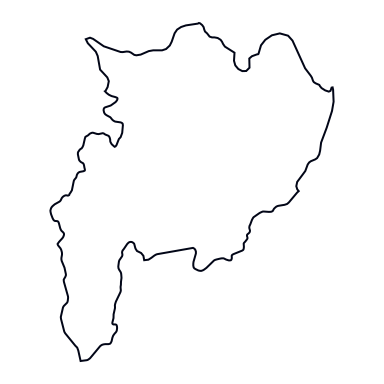 map outline of Chiang Rai (orthographic projection)
{"feature_id": "THA-389", "entity_name": "Chiang Rai", "entity_type": "Province", "adm_level": 1, "iso_a3": "THA", "parent_name": "Thailand", "parent_adm1": "", "projection": "orthographic", "projection_center": [99.723, 19.722], "detail": "fine", "context": "isolated", "style": "outline", "palette": "ink", "viewbox_px": 384, "rotation_deg": 0, "n_neighbors": 0, "source": "natural_earth", "source_scale": "10m", "svg_char_len": 5535}
<svg xmlns="http://www.w3.org/2000/svg" viewBox="0 0 384 384"><path d="M198.9,23.0L200.0,23.3L202.2,25.1L203.6,27.1L204.2,29.4L205.0,31.5L207.1,33.4L209.6,36.6L212.0,37.4L214.5,37.4L217.7,38.0L220.6,39.8L222.0,41.7L223.1,44.0L224.9,46.6L234.5,52.7L234.0,60.8L235.3,65.4L238.3,69.0L242.3,71.1L246.2,71.0L249.5,67.7L249.3,58.5L251.4,56.7L252.0,56.2L256.9,54.4L258.1,54.2L258.5,53.8L261.0,45.3L265.3,39.8L271.9,35.3L279.8,33.4L288.1,35.7L292.5,40.6L305.1,68.3L310.8,75.8L311.9,77.6L313.0,80.8L313.8,82.1L315.6,83.3L319.3,84.9L320.0,86.2L321.6,88.1L325.2,90.4L328.8,91.6L330.5,90.8L331.6,87.6L332.6,87.4L333.1,89.7L333.6,101.7L332.0,111.0L326.7,127.7L321.1,142.6L320.1,150.7L319.2,154.5L317.1,158.1L315.2,159.4L310.9,161.2L309.2,162.4L307.7,164.5L305.3,171.0L302.5,174.8L297.2,181.9L296.3,186.2L297.3,189.4L298.7,191.1L297.1,192.6L288.9,202.4L287.2,203.9L286.1,204.3L284.6,204.8L278.5,205.8L277.4,206.1L276.2,206.7L274.6,208.1L273.9,208.9L273.5,209.6L273.2,210.2L272.9,210.8L272.1,211.4L271.0,211.8L268.9,211.9L263.5,211.5L262.6,211.6L261.2,212.2L259.6,213.0L254.0,216.9L253.4,217.4L253.0,218.0L252.0,219.8L250.2,224.6L249.6,225.7L249.3,227.1L249.3,228.0L249.5,228.8L249.9,230.2L250.0,230.9L249.8,231.7L249.6,232.3L249.2,232.8L248.7,233.3L247.7,234.1L247.2,234.6L247.0,235.2L247.0,236.0L247.2,236.7L247.4,237.4L247.5,238.1L247.3,238.8L247.0,239.3L245.4,241.4L244.1,242.8L243.8,243.3L243.7,243.6L243.7,243.8L243.9,246.9L243.8,247.8L243.7,248.6L243.5,249.4L243.2,249.9L242.2,250.6L233.3,254.2L232.7,254.6L232.2,254.9L231.9,255.4L231.7,255.9L231.8,257.4L231.8,258.2L231.6,259.0L231.4,259.6L230.9,260.2L230.0,260.4L228.8,260.4L226.2,259.6L224.0,258.5L223.3,258.3L222.0,258.3L220.2,258.6L216.8,259.4L215.1,259.9L214.0,260.5L206.4,267.9L204.1,269.6L202.7,270.4L201.1,270.9L199.9,270.8L198.4,270.5L195.7,269.2L194.4,268.4L193.7,267.5L193.3,265.7L193.3,263.7L193.5,261.9L195.9,253.5L195.9,252.5L195.9,251.6L195.6,250.7L195.3,249.9L194.9,249.3L194.4,248.7L193.0,247.9L157.1,254.2L155.8,254.7L154.3,255.6L151.4,257.8L148.4,259.7L144.2,260.2L143.4,255.8L141.1,253.0L137.0,251.0L135.5,248.6L135.0,246.9L134.6,245.3L134.1,243.6L132.8,242.5L131.8,242.0L130.8,241.9L129.9,242.0L129.1,242.3L128.5,242.7L128.0,243.2L127.2,244.0L123.9,248.9L122.7,250.4L122.3,251.2L122.1,252.1L122.1,253.0L122.3,253.8L122.4,254.7L122.3,255.6L122.0,256.4L119.4,260.2L119.1,261.0L118.9,261.8L118.4,265.6L118.3,266.6L118.5,268.3L119.2,269.8L120.5,271.8L120.8,272.5L121.1,273.3L121.3,275.1L121.5,277.9L121.0,281.7L120.9,284.9L120.6,286.6L120.6,287.8L120.7,288.9L120.8,289.8L120.8,290.8L120.4,292.2L115.9,301.6L115.2,303.8L114.9,305.3L115.0,307.3L114.9,308.5L113.6,314.3L113.5,318.1L112.5,322.0L112.3,323.1L112.6,323.9L113.1,324.3L114.0,324.5L114.8,324.4L115.7,324.5L116.3,324.8L116.7,325.4L117.0,326.6L117.1,328.0L116.8,330.4L116.4,331.5L115.6,332.6L114.7,333.5L113.2,335.6L112.4,337.7L111.6,341.2L110.9,342.7L110.2,343.6L109.4,343.9L108.6,344.1L105.6,344.1L103.9,344.3L102.7,344.6L102.1,344.8L100.8,345.6L100.1,346.2L90.0,358.3L88.8,359.2L88.2,359.6L87.5,360.0L86.7,360.2L80.6,361.0L78.3,350.6L77.2,347.6L75.3,345.7L65.2,333.3L64.3,331.7L61.0,318.9L60.8,317.0L63.0,307.4L63.4,306.7L63.8,306.0L67.0,302.8L67.5,301.9L67.8,300.5L68.1,297.8L68.0,296.4L63.9,281.8L63.7,279.8L64.0,279.1L65.4,276.7L65.9,275.3L65.9,274.2L64.5,267.7L61.7,260.9L61.4,259.4L61.4,258.0L62.0,254.7L62.0,253.5L61.9,252.3L61.3,250.1L60.9,249.2L60.5,248.4L58.1,245.4L57.7,244.5L57.6,243.9L57.8,243.6L59.2,241.7L62.3,238.3L62.9,237.5L63.4,236.6L64.0,234.8L64.0,233.8L63.6,232.9L62.6,231.8L62.0,231.3L61.5,230.8L60.8,229.7L60.2,228.2L58.9,223.2L58.4,222.0L57.9,221.4L57.1,221.1L55.4,221.0L54.5,220.8L53.5,219.9L52.6,218.2L51.1,214.3L50.6,212.2L50.4,210.7L50.6,209.8L50.8,209.0L51.1,208.2L51.5,207.4L52.5,206.2L54.7,204.3L59.5,201.6L60.1,201.1L60.6,200.5L61.0,199.8L61.6,198.4L62.0,197.8L62.5,197.2L63.0,196.7L64.3,195.8L65.1,195.5L65.9,195.3L66.9,195.4L67.7,195.6L68.4,195.5L69.2,195.0L69.7,193.6L70.4,192.8L71.9,190.3L73.6,181.9L73.9,180.6L74.4,179.7L75.9,177.9L76.3,177.2L76.9,174.9L77.3,174.1L77.7,173.4L78.2,172.9L78.8,172.4L79.5,172.0L80.3,171.8L83.1,171.3L84.0,171.0L84.8,170.5L84.9,169.7L84.7,168.7L84.4,167.5L84.0,165.2L83.6,164.0L83.0,163.2L81.0,162.1L80.4,161.6L79.3,160.4L78.9,159.3L77.9,154.4L77.9,152.8L78.3,151.7L79.3,150.4L79.6,149.8L80.2,149.3L80.8,148.8L81.5,148.5L82.4,147.3L83.3,145.4L84.9,138.4L85.4,136.9L86.0,136.5L88.1,135.3L89.7,133.8L90.4,133.4L91.1,133.1L91.9,132.8L92.8,132.7L93.6,132.9L96.8,133.9L98.6,134.1L102.7,133.2L103.2,133.3L103.8,133.5L104.9,134.3L105.7,134.7L108.0,135.6L108.7,136.0L109.2,136.6L109.8,138.0L110.2,139.7L110.2,140.6L110.3,141.5L110.6,142.3L111.4,143.7L111.8,144.3L114.1,146.4L114.7,146.8L115.6,146.3L116.5,145.1L118.4,140.2L118.9,139.0L120.6,137.2L122.2,132.9L122.9,125.2L122.6,123.6L122.1,123.1L121.4,122.7L120.7,122.4L115.3,121.6L114.5,121.3L113.2,120.5L112.1,119.5L110.7,117.7L110.2,117.2L106.7,115.3L105.4,114.4L104.7,113.6L104.1,112.5L103.6,110.3L103.7,109.1L104.1,108.2L104.6,107.7L105.3,107.3L110.2,105.7L110.9,105.4L115.4,102.2L116.2,101.4L117.2,99.9L117.5,98.8L117.3,98.0L116.7,97.6L115.1,97.0L111.7,96.1L110.2,95.4L108.8,94.7L106.6,93.0L105.0,91.3L105.4,91.1L107.6,87.1L108.8,81.2L107.3,77.4L100.1,69.6L97.7,56.0L95.8,51.7L87.8,43.2L85.8,39.2L90.0,37.7L93.1,38.9L103.8,46.3L120.6,52.0L122.7,52.1L126.7,51.5L129.0,51.7L131.0,52.6L134.3,54.9L136.4,55.3L140.7,54.6L148.8,51.1L153.4,50.3L162.2,50.3L166.1,49.0L169.8,45.5L171.7,41.7L174.6,33.3L177.1,29.6L181.1,27.0L185.9,25.4L197.9,23.6L198.9,23.0Z" fill="none" stroke="#020617" stroke-width="2"/></svg>